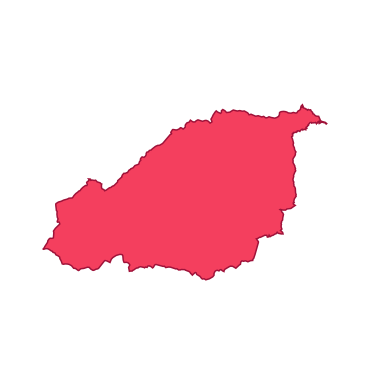 Subachoque, Cundinamarca, Colombia (Mercator projection), rotated 220°
{"feature_id": "7082276B58958206907814", "entity_name": "Subachoque", "entity_type": "district", "adm_level": 2, "iso_a3": "COL", "parent_name": "Colombia", "parent_adm1": "Cundinamarca", "projection": "mercator", "projection_center": [-74.164, 4.965], "detail": "fine", "context": "isolated", "style": "filled", "palette": "rose", "viewbox_px": 384, "rotation_deg": 220, "n_neighbors": 0, "source": "geoboundaries", "source_scale": "gbopen_adm2", "svg_char_len": 6074}
<svg xmlns="http://www.w3.org/2000/svg" viewBox="0 0 384 384"><g transform="rotate(220 192 192)"><path d="M163.5,329.8L163.6,327.8L162.1,325.0L162.2,323.6L162.8,322.2L162.6,320.1L163.3,319.1L165.5,318.1L166.8,316.0L169.2,314.4L170.7,314.2L172.3,313.5L173.8,312.5L175.4,310.8L175.9,309.7L175.9,309.0L174.8,307.5L174.3,305.6L174.9,303.7L176.0,301.8L179.4,299.9L181.4,299.1L181.9,297.7L182.9,296.4L183.5,296.1L185.7,296.0L186.9,294.3L190.3,293.0L191.9,291.0L196.8,289.5L197.9,287.8L199.5,288.3L200.4,288.4L204.0,287.7L205.4,286.2L207.7,285.1L209.4,283.1L213.1,281.3L214.4,277.4L216.6,275.1L219.1,275.4L221.4,275.0L221.7,273.2L220.7,272.0L220.6,270.6L223.8,269.7L225.6,269.7L225.7,268.1L225.3,264.6L224.6,262.1L224.3,260.0L222.2,258.9L221.8,258.4L222.4,256.4L224.9,256.7L226.7,256.2L227.9,255.3L229.4,252.9L233.8,251.1L234.6,249.3L234.7,247.7L235.9,246.6L236.8,246.2L239.4,246.0L239.1,244.0L239.2,243.5L240.3,241.8L240.3,239.5L240.0,238.7L238.9,237.4L239.1,234.9L239.3,234.5L241.0,234.4L242.0,234.0L242.3,233.5L242.1,232.8L243.2,230.3L244.0,229.3L246.4,227.9L247.0,227.3L246.6,224.2L246.4,223.9L245.3,223.7L245.1,223.4L245.6,221.9L245.7,210.3L246.9,206.9L248.2,205.7L249.3,203.5L250.2,199.3L250.2,198.1L251.4,196.3L251.2,194.9L252.2,193.4L251.9,192.1L251.1,191.1L250.7,189.7L251.0,187.7L252.8,186.8L252.9,184.8L252.6,183.9L251.6,183.3L251.8,181.8L250.7,179.0L252.7,175.6L252.7,172.6L253.8,170.5L253.8,169.5L254.3,168.2L253.9,165.4L254.5,164.8L255.1,163.3L256.2,162.6L256.3,160.5L255.8,158.8L255.4,158.5L256.2,153.0L255.4,151.7L255.9,146.6L256.7,145.3L257.1,143.3L258.0,142.1L258.9,138.4L259.7,136.8L261.0,137.2L262.6,136.7L263.4,136.8L264.3,137.4L265.5,138.7L266.3,140.1L266.9,139.8L268.3,140.0L271.1,138.8L273.4,139.1L274.3,138.0L276.0,137.1L277.0,135.9L277.7,136.5L278.3,136.5L279.5,135.6L278.7,135.5L278.4,134.9L278.5,134.4L278.7,134.5L278.5,133.6L278.9,132.1L278.7,131.4L277.0,130.5L276.7,129.3L277.8,128.5L278.6,125.3L278.8,122.8L278.6,121.2L279.4,119.7L279.4,118.5L280.0,116.1L280.1,113.3L279.8,110.8L280.0,110.4L282.3,108.1L282.9,106.5L285.1,103.3L286.2,100.9L287.9,98.4L288.7,95.8L288.6,95.2L287.6,94.1L283.9,90.6L282.9,90.5L281.2,88.2L278.9,86.0L277.3,85.3L276.4,82.9L276.0,82.5L275.5,82.5L274.6,83.5L273.5,83.1L272.7,82.5L273.3,76.3L273.0,73.0L271.7,72.0L268.7,67.8L269.3,66.6L271.0,65.3L271.3,63.9L271.1,62.0L270.3,60.6L269.7,55.6L269.3,54.2L269.5,53.0L269.3,52.6L268.9,52.7L267.6,54.6L266.4,55.6L265.0,56.1L262.0,56.4L260.7,56.8L259.7,56.4L257.8,57.2L255.9,56.4L253.6,57.0L251.6,57.1L250.3,56.0L247.9,55.1L245.2,53.5L244.1,54.0L243.0,55.3L241.4,56.6L239.5,57.6L236.9,58.1L233.6,57.5L232.2,58.5L228.6,58.8L228.2,59.4L228.0,61.3L227.7,61.9L225.8,63.9L223.8,67.1L222.3,68.2L220.0,67.9L218.0,68.2L217.4,68.4L216.7,69.3L215.9,71.2L214.8,72.5L214.5,73.6L214.8,83.2L214.6,83.6L212.8,84.5L209.5,85.3L210.6,88.6L210.5,90.9L209.3,94.7L207.2,97.8L206.3,98.5L205.1,99.1L204.0,98.7L201.0,95.7L199.2,94.5L198.6,94.5L196.9,96.1L195.3,96.7L193.1,96.4L192.6,95.9L192.1,93.5L189.0,91.0L188.3,91.9L187.0,93.0L187.0,93.9L186.5,94.9L185.9,97.3L185.4,98.4L184.6,99.0L184.4,100.2L183.4,101.7L180.4,103.3L179.6,103.4L179.4,104.6L177.9,105.4L178.2,106.9L177.5,107.8L175.5,108.5L173.4,108.5L173.2,109.4L173.6,111.9L173.5,112.7L172.9,113.4L166.4,116.4L165.4,117.4L163.6,117.2L161.7,119.5L160.2,120.6L154.9,122.7L154.3,123.5L152.1,123.7L150.8,124.9L150.3,125.8L147.6,127.9L146.8,127.9L143.1,129.2L141.6,129.2L140.7,128.7L139.6,128.8L138.3,128.5L137.9,132.0L137.5,132.6L136.9,132.7L135.4,131.9L131.7,132.5L128.9,131.9L127.8,132.2L127.4,132.9L126.8,133.4L125.0,133.6L122.9,136.7L121.6,140.3L121.6,142.3L122.1,143.0L122.6,143.3L123.3,145.6L123.3,146.7L122.9,147.5L122.3,148.3L120.6,148.9L120.4,150.6L119.9,151.2L118.0,151.2L116.4,151.6L116.9,152.4L117.1,154.1L115.4,158.9L114.8,160.0L113.1,161.2L109.4,161.8L108.8,166.8L108.4,167.7L109.6,169.7L109.5,171.2L108.9,171.7L108.2,171.9L106.7,173.7L104.3,174.5L103.1,176.9L101.5,178.6L102.0,179.1L102.1,180.9L103.6,184.7L108.7,196.0L109.2,196.6L112.6,197.5L111.7,198.9L111.2,200.7L110.5,201.2L108.4,205.7L106.9,206.9L105.3,205.9L104.6,206.7L105.2,208.5L103.5,207.9L102.8,210.0L102.1,210.9L101.4,213.2L100.8,213.9L100.9,215.9L99.9,215.7L99.2,215.9L96.6,217.3L95.3,218.4L96.6,219.3L99.5,219.5L99.3,221.4L101.1,222.4L102.3,223.8L102.6,224.6L103.7,225.3L103.8,226.1L104.5,227.0L104.6,228.8L105.8,230.4L107.5,233.6L109.3,234.4L110.4,234.4L111.9,235.4L113.3,235.1L113.2,235.4L110.6,236.7L108.7,238.3L108.3,240.1L105.7,242.9L104.3,248.1L106.3,247.8L107.4,248.6L106.9,249.6L108.0,250.2L109.2,252.6L109.5,255.7L110.1,255.9L110.4,256.8L112.2,258.0L115.2,261.2L116.6,261.9L117.9,262.1L118.4,262.9L119.8,264.0L120.4,265.1L121.4,265.4L122.9,266.7L124.0,269.2L124.9,270.0L126.1,273.7L126.0,274.2L126.3,275.0L127.4,275.6L127.7,276.4L129.6,277.5L129.9,278.0L133.6,279.5L134.5,280.8L135.6,281.7L136.0,282.7L136.5,286.1L136.8,287.0L137.9,288.4L138.1,289.5L139.3,289.8L140.9,290.6L141.9,291.6L144.1,292.6L145.3,293.7L145.6,294.7L149.3,297.3L151.0,298.1L151.3,298.6L150.9,299.0L150.8,299.5L151.5,300.5L152.5,300.9L152.5,301.6L152.1,301.9L152.4,302.3L152.1,302.7L152.3,303.0L151.5,303.5L151.2,304.4L150.5,304.7L150.6,305.2L150.2,305.8L150.6,306.2L150.6,306.5L149.5,307.5L149.0,307.4L148.3,307.7L148.5,308.8L148.0,310.9L147.4,311.1L146.9,310.8L146.7,311.7L146.2,312.0L146.1,312.4L144.9,312.8L145.4,313.4L145.0,314.5L146.0,314.5L146.2,314.9L145.7,316.3L146.1,317.4L145.7,317.7L145.7,318.2L146.2,318.3L146.2,321.1L145.3,322.0L144.6,321.7L143.8,323.0L143.1,323.2L142.1,324.7L140.7,324.3L140.9,324.8L140.5,325.2L140.5,325.8L139.9,325.8L140.6,326.6L140.1,327.1L140.3,327.6L140.2,327.9L139.7,327.8L139.5,327.1L138.8,327.4L138.5,326.8L138.3,326.7L137.8,328.7L137.2,328.9L136.4,329.7L135.3,329.9L134.6,330.5L132.9,330.3L132.8,331.0L134.7,331.0L137.7,329.6L139.3,329.2L143.6,331.4L145.4,330.1L146.7,329.7L148.9,330.0L149.7,329.6L150.8,330.5L152.6,330.6L154.0,331.2L154.8,330.3L156.0,330.0L156.2,328.9L157.5,329.1L158.4,328.6L159.5,328.7L160.2,328.2L161.3,328.2L162.0,327.7L162.1,328.5L162.5,328.8L162.1,329.1L163.5,329.8Z" fill="#f43f5e" stroke="#9f1239" stroke-width="1.5"/></g></svg>